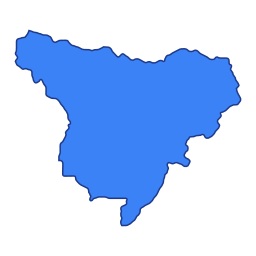 Santa Cruz del Seybo, El Seybo, Dominican Republic
{"feature_id": "3306468B51823501845904", "entity_name": "Santa Cruz del Seybo", "entity_type": "district", "adm_level": 2, "iso_a3": "DOM", "parent_name": "Dominican Republic", "parent_adm1": "El Seybo", "projection": "orthographic", "projection_center": [-69.057, 18.747], "detail": "fine", "context": "isolated", "style": "filled", "palette": "blue", "viewbox_px": 256, "rotation_deg": 0, "n_neighbors": 0, "source": "geoboundaries", "source_scale": "gbopen_adm2", "svg_char_len": 5705}
<svg xmlns="http://www.w3.org/2000/svg" viewBox="0 0 256 256"><path d="M103.5,46.9L101.7,48.0L98.8,49.4L97.9,49.6L94.5,49.8L92.1,50.6L91.3,50.5L89.8,49.9L88.9,49.7L84.2,49.6L82.9,49.4L82.0,49.2L78.2,47.2L76.2,46.7L74.3,45.9L72.6,45.5L71.7,45.2L70.2,43.9L68.8,42.4L67.9,41.0L67.2,40.5L65.3,40.3L60.1,40.4L59.1,40.6L55.6,42.3L54.9,42.3L54.0,42.0L52.9,41.3L51.7,39.1L51.1,37.8L50.4,36.9L49.6,36.5L47.6,35.4L46.4,35.1L43.7,35.0L42.7,34.8L40.6,33.9L38.5,33.4L37.0,32.7L33.7,32.2L31.9,31.4L29.0,30.5L28.6,31.7L27.7,33.8L25.2,37.1L24.4,37.4L22.1,37.7L20.2,38.4L18.2,38.8L17.5,39.3L16.8,40.1L16.6,40.8L16.5,41.7L16.5,47.9L16.4,50.3L16.2,51.5L15.5,53.0L15.5,53.6L15.6,54.1L15.9,54.7L17.3,56.6L17.5,57.2L17.5,57.8L17.2,58.6L15.9,60.3L15.4,61.3L16.6,64.2L17.0,64.9L17.9,65.6L19.4,66.5L22.2,68.9L22.7,69.1L23.2,69.2L24.9,68.7L26.4,68.7L28.2,69.5L30.2,69.9L30.8,70.2L31.2,70.6L31.7,71.3L31.9,71.8L32.0,75.0L32.2,76.2L32.9,77.7L33.5,80.4L34.4,82.0L34.8,82.4L35.3,82.7L35.9,82.8L37.0,82.6L39.1,81.3L39.9,80.1L40.4,79.6L40.9,79.5L41.2,79.5L41.8,79.9L42.1,80.4L43.8,84.0L45.5,86.3L45.9,87.1L46.1,88.7L46.0,94.0L46.2,94.9L46.5,95.4L46.9,95.8L48.5,96.8L51.3,98.1L52.3,98.3L55.6,98.5L56.6,98.9L57.4,99.4L59.3,101.4L59.8,102.2L60.9,104.1L63.5,107.1L64.5,109.0L66.3,111.3L67.6,113.9L67.9,115.1L68.0,117.8L68.2,118.8L68.6,119.6L70.2,121.6L70.4,122.5L70.4,123.3L70.1,124.0L69.7,124.3L68.7,124.6L68.4,125.0L68.3,125.7L69.0,127.3L68.9,128.1L68.4,129.0L66.4,131.1L65.7,132.2L65.6,133.0L66.0,134.4L66.0,134.9L65.2,137.2L64.3,138.7L63.7,140.0L62.6,141.8L61.0,143.1L60.4,144.1L60.2,145.7L60.2,152.6L59.9,153.9L59.2,155.4L58.9,156.7L58.9,160.5L60.3,160.5L61.3,160.8L62.1,161.4L62.6,162.3L62.8,163.3L62.9,164.4L62.7,173.7L62.8,174.7L63.0,175.3L63.5,175.8L64.1,176.0L65.1,176.1L73.7,176.0L74.4,176.1L75.0,176.4L75.2,176.6L75.6,177.4L75.8,179.3L76.3,180.4L77.4,181.7L79.3,183.7L80.9,184.9L87.1,188.0L88.0,188.8L88.3,189.3L88.5,189.9L88.8,192.4L89.6,193.6L90.1,195.0L90.8,196.1L90.7,196.9L90.1,198.2L89.8,199.3L90.0,200.1L90.2,200.4L90.6,200.7L91.2,200.7L91.9,200.5L92.3,200.2L93.2,199.0L94.1,198.4L96.1,197.9L97.7,197.2L99.3,196.9L103.5,196.9L105.5,197.0L106.5,197.3L108.3,198.1L109.5,198.3L119.8,198.3L125.1,198.3L125.7,198.3L126.6,198.6L126.8,198.8L127.0,199.3L127.0,199.8L126.4,201.1L126.4,201.6L126.7,203.2L126.5,203.9L125.8,204.7L122.0,206.5L121.2,207.3L120.9,208.1L120.9,209.3L121.4,211.3L120.9,213.3L120.9,215.0L121.0,216.0L121.7,217.5L121.8,218.4L121.7,219.2L121.1,220.4L120.9,221.0L120.8,221.9L120.8,222.9L121.1,224.1L121.8,225.5L125.6,225.5L126.6,225.4L127.4,225.2L130.3,223.7L133.1,221.2L134.5,220.2L134.8,219.8L135.8,218.2L136.7,216.4L137.5,215.7L138.5,214.9L139.7,213.1L140.0,212.0L140.3,209.2L140.6,208.7L140.9,208.3L141.6,207.7L143.1,206.9L145.2,205.4L149.1,203.5L150.1,202.8L152.1,200.8L152.7,200.0L153.7,198.2L156.4,195.1L157.9,192.3L158.5,190.9L159.8,188.4L161.7,185.9L163.0,183.3L163.3,182.4L163.6,179.6L164.4,177.5L164.9,174.9L165.3,174.3L166.5,173.3L167.1,172.4L167.5,170.6L168.1,169.1L168.3,168.6L168.2,167.7L167.5,166.2L167.2,165.1L167.3,164.5L167.4,163.9L167.9,163.2L168.6,162.7L169.5,162.7L171.5,163.5L172.7,163.7L173.6,163.5L175.4,162.7L176.9,162.6L177.7,162.9L179.3,163.6L181.3,164.2L182.1,164.7L183.6,165.9L184.4,166.3L185.3,166.4L186.3,166.4L186.9,166.2L187.8,165.8L189.0,163.8L189.8,162.1L189.9,161.6L189.9,161.0L189.5,160.3L188.6,159.4L187.8,158.9L186.4,158.3L185.2,157.3L184.4,156.3L184.3,156.0L184.2,155.1L184.3,154.6L185.5,152.4L186.2,151.5L187.5,150.6L187.7,150.1L187.9,149.0L188.0,148.1L187.7,146.6L187.4,146.1L186.4,145.4L185.8,144.7L185.6,144.2L185.6,143.7L186.3,142.6L186.7,141.0L187.0,140.5L187.5,139.9L188.7,138.9L189.3,137.6L189.5,137.2L190.3,136.9L190.8,136.8L193.6,136.6L194.2,136.5L196.0,135.7L200.1,135.3L200.6,135.2L201.8,134.6L202.7,134.5L203.2,134.6L203.9,135.0L204.4,135.7L205.0,136.9L205.3,137.4L206.0,137.9L206.6,138.1L207.5,138.1L208.1,138.1L208.7,137.9L211.3,136.5L212.2,135.8L214.0,133.9L214.5,133.2L215.2,131.8L215.7,131.1L218.5,128.1L219.5,125.8L219.5,125.3L219.4,124.8L217.8,122.6L217.6,122.0L217.5,121.1L217.7,120.2L218.0,119.7L220.4,117.2L221.0,116.2L221.1,115.6L221.0,115.0L220.5,113.9L220.4,113.5L220.6,112.8L221.2,112.4L222.8,112.0L225.4,110.7L226.4,109.9L229.4,106.9L230.7,106.1L233.4,104.9L236.7,104.7L237.5,104.5L238.0,104.1L240.3,101.0L240.5,100.5L240.6,99.9L240.6,99.0L240.5,98.4L239.2,95.8L238.3,94.3L237.1,91.7L236.4,88.6L238.6,86.1L238.9,85.5L238.8,84.9L237.7,82.6L236.0,80.3L235.7,79.8L235.2,77.7L233.4,75.1L233.1,74.6L232.7,72.8L232.4,72.3L230.8,70.0L230.6,69.4L230.6,68.8L231.4,66.9L231.5,66.0L231.4,65.5L231.0,64.9L229.7,64.4L229.4,64.0L229.1,63.2L229.0,60.9L228.8,59.6L228.3,58.9L227.9,58.5L227.0,58.2L226.1,58.1L221.6,58.1L219.7,58.0L218.8,57.8L217.4,57.1L216.8,57.1L216.2,57.2L215.8,57.4L215.2,58.0L214.5,59.0L214.0,59.2L213.2,59.4L212.3,59.5L210.4,59.3L209.3,58.8L207.0,57.0L200.5,53.7L199.6,53.0L197.8,51.2L196.7,50.5L195.8,50.3L194.9,50.3L194.3,50.5L192.6,51.3L191.6,51.5L190.4,51.5L189.5,51.3L188.9,51.1L186.9,49.5L186.1,49.1L184.6,48.8L181.7,48.9L180.8,49.0L179.9,49.2L172.5,53.0L169.9,54.8L169.3,55.0L167.6,55.4L166.9,55.8L166.3,56.4L166.0,56.9L164.9,59.2L164.6,60.8L164.3,61.2L164.0,61.3L163.3,61.4L161.7,60.6L160.5,60.5L159.3,60.7L155.8,62.6L154.6,62.9L153.4,62.9L152.4,62.8L151.8,62.6L150.3,61.9L149.2,61.7L148.0,61.9L146.5,62.5L145.7,62.6L145.1,62.5L142.8,61.4L141.3,60.5L139.0,59.3L138.2,59.0L136.9,58.9L135.7,59.0L134.8,59.3L133.6,60.0L133.0,60.1L132.1,60.1L131.2,59.9L130.2,59.3L127.7,56.9L125.8,55.8L123.9,54.3L123.1,53.9L122.5,53.9L121.6,54.3L119.5,56.4L118.8,56.8L118.3,57.0L117.7,56.9L116.6,56.0L113.0,52.2L112.2,51.2L111.3,49.3L110.5,48.4L109.8,47.8L109.1,47.4L108.1,47.2L103.5,46.9Z" fill="#3b82f6" stroke="#1e3a8a" stroke-width="1.5"/></svg>